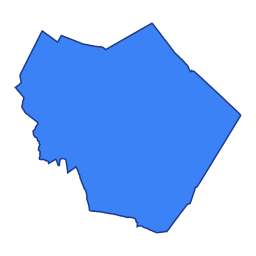 the district of Sabareni, Giurgiu, Romania
{"feature_id": "2599482B37773759614218", "entity_name": "Sabareni", "entity_type": "district", "adm_level": 2, "iso_a3": "ROU", "parent_name": "Romania", "parent_adm1": "Giurgiu", "projection": "natural_earth1", "projection_center": [25.872, 44.513], "detail": "fine", "context": "isolated", "style": "filled", "palette": "blue", "viewbox_px": 256, "rotation_deg": 0, "n_neighbors": 0, "source": "geoboundaries", "source_scale": "gbopen_adm2", "svg_char_len": 5633}
<svg xmlns="http://www.w3.org/2000/svg" viewBox="0 0 256 256"><path d="M166.8,231.6L168.0,230.1L172.8,223.6L175.5,219.9L178.6,215.9L179.4,214.7L187.4,204.3L187.9,204.3L190.2,203.3L195.6,187.2L196.8,187.1L200.3,181.7L203.1,177.1L209.5,166.7L214.4,158.5L220.0,149.4L223.1,144.4L228.4,135.6L240.6,115.6L240.5,115.4L240.4,114.8L236.3,110.6L235.3,109.7L234.1,108.7L232.5,107.1L231.4,106.1L229.3,104.1L227.4,102.4L222.6,97.7L217.5,93.0L205.4,81.7L197.9,74.8L194.0,71.3L193.3,71.1L192.3,71.3L192.0,71.1L191.7,70.6L190.5,71.8L190.1,71.4L189.4,69.6L189.0,69.0L188.3,67.0L187.7,66.1L186.6,64.6L186.1,64.1L185.7,63.8L184.0,61.8L183.3,61.2L183.1,60.8L182.6,60.2L182.1,59.8L181.3,59.0L180.8,58.7L180.6,58.5L177.4,55.3L174.4,52.5L174.2,52.3L173.8,51.3L172.2,49.5L169.8,46.3L166.8,42.2L164.0,38.8L160.4,33.9L152.2,23.3L151.8,23.3L145.8,26.7L144.7,27.3L138.6,30.8L136.2,32.2L133.3,33.8L113.2,45.3L107.3,48.7L105.9,49.5L105.5,49.7L105.2,49.4L104.9,48.9L104.2,48.3L103.3,47.7L102.8,47.4L101.9,47.1L101.5,47.0L101.1,46.8L101.1,47.0L100.4,46.8L98.9,46.8L98.1,46.7L97.1,46.6L96.2,46.4L95.9,46.5L92.3,45.8L92.0,45.7L91.3,45.6L89.7,45.3L89.2,45.2L89.2,45.3L89.0,45.2L88.3,45.0L85.1,44.4L84.4,44.3L83.3,44.1L61.3,35.5L57.8,42.0L57.5,42.1L49.0,35.8L47.6,34.9L42.5,31.1L42.1,31.0L25.2,64.6L24.7,65.6L21.8,71.4L21.2,72.7L21.2,72.8L21.0,73.0L20.2,74.7L20.1,75.7L20.0,75.9L21.1,81.9L21.1,82.4L21.0,82.8L20.8,83.0L20.5,83.4L20.1,83.7L19.1,84.8L17.5,85.8L16.1,87.1L15.9,87.3L15.6,87.4L15.4,87.4L15.8,87.9L17.7,90.3L20.4,93.4L21.5,94.7L23.8,97.4L23.5,99.3L23.0,101.3L22.7,102.8L22.3,105.0L22.0,106.0L21.9,106.5L22.0,107.1L22.1,107.6L22.3,108.0L22.8,108.6L23.5,109.7L24.8,111.9L25.2,112.6L25.6,113.0L26.3,113.6L27.4,114.4L29.4,116.0L31.8,117.8L37.9,122.6L38.0,123.0L37.8,123.6L37.5,124.1L37.2,124.7L37.0,125.1L36.5,125.9L35.8,126.7L35.5,127.2L35.4,127.7L35.3,128.6L35.2,128.7L34.9,129.1L34.3,129.7L33.9,130.3L33.5,130.6L33.2,130.8L33.1,131.0L33.1,131.7L33.2,132.0L33.3,132.7L33.4,133.7L33.5,134.4L33.6,135.0L34.2,135.8L34.4,136.1L34.6,136.5L34.8,136.8L35.2,137.0L35.5,137.2L36.1,137.4L36.9,138.0L37.3,138.7L37.4,139.0L37.5,139.4L37.5,140.0L37.6,140.4L37.7,140.8L38.0,141.0L38.4,141.3L38.8,141.5L39.0,141.7L39.2,142.1L39.2,142.8L39.2,143.2L39.2,143.6L39.4,143.9L39.9,144.5L40.0,144.6L40.0,144.9L39.6,145.3L39.1,146.5L38.9,146.8L38.8,147.3L38.8,147.7L38.7,148.2L38.5,148.9L38.4,149.3L38.4,149.7L38.8,150.4L39.3,150.9L39.8,151.4L40.3,152.2L40.3,152.5L40.3,152.8L40.1,152.9L39.8,153.4L39.7,153.6L39.7,153.8L39.8,154.1L40.0,154.5L40.2,155.0L40.3,155.2L40.2,155.4L40.0,156.0L39.8,156.3L39.8,156.5L39.7,156.9L39.5,157.7L39.3,158.1L39.3,158.4L39.3,158.6L39.3,158.8L39.5,159.1L39.8,159.3L40.1,159.5L40.7,159.5L41.0,159.5L41.5,159.5L41.9,159.4L42.3,159.4L42.7,159.6L43.8,159.5L44.4,159.7L44.6,159.7L44.8,159.8L45.0,160.0L45.3,160.6L45.5,160.7L45.8,160.7L46.2,160.7L46.5,160.7L46.8,160.7L47.2,160.8L47.9,161.1L48.1,161.5L48.3,161.8L48.4,162.3L48.7,163.4L55.6,159.3L55.9,159.8L56.3,160.2L56.7,160.7L56.9,161.1L57.1,162.2L57.4,163.2L57.6,163.7L57.7,164.4L57.8,164.7L58.2,165.3L58.4,165.5L58.6,165.6L58.9,165.6L59.1,165.5L59.3,165.3L59.4,165.1L59.5,164.7L59.5,163.8L59.5,162.9L59.7,161.6L60.1,160.1L60.2,159.7L60.4,159.4L60.9,158.9L61.4,158.7L62.7,158.6L63.2,158.6L63.6,158.6L64.3,158.8L64.9,159.1L65.8,159.5L66.0,160.7L66.2,161.7L66.6,164.4L66.8,165.1L66.9,166.0L67.0,166.8L67.2,167.8L67.5,170.4L67.5,170.8L67.7,172.8L76.1,166.8L76.7,168.4L77.1,169.1L77.4,169.7L77.8,170.5L78.1,171.2L78.3,172.0L78.6,173.3L78.8,173.8L79.6,175.3L79.9,176.3L80.0,176.8L80.0,177.2L80.0,177.7L80.2,178.2L80.3,178.5L80.8,179.4L81.1,180.3L81.4,181.4L81.7,182.2L82.0,182.7L82.4,183.9L82.6,184.2L82.7,184.6L83.0,185.0L83.1,185.3L83.2,185.9L83.4,186.3L83.6,186.7L83.8,187.3L84.0,187.7L84.1,187.9L84.3,188.6L84.3,188.8L84.5,188.9L84.6,189.1L85.4,189.8L85.5,190.0L85.8,190.5L85.9,191.3L86.1,192.1L86.4,192.7L86.3,193.0L86.3,193.3L86.4,193.5L86.5,193.8L86.6,194.3L86.9,195.3L87.0,195.5L87.0,195.9L87.0,196.3L86.7,197.5L86.9,198.5L86.9,198.9L86.9,199.3L87.5,201.1L88.0,202.2L88.1,203.2L88.6,204.7L88.8,205.2L88.9,205.9L89.1,206.9L89.4,210.0L89.6,210.3L89.9,210.5L90.2,210.7L90.5,210.8L91.4,211.0L92.3,211.1L93.4,211.2L94.9,211.3L95.8,211.3L97.1,211.6L97.4,211.5L97.8,211.5L98.3,211.7L98.6,211.7L99.3,211.6L99.6,211.7L100.9,211.9L101.5,212.0L102.0,212.2L102.7,212.3L103.7,212.4L105.2,212.8L107.6,213.1L108.9,213.4L110.0,213.6L110.7,213.7L111.6,213.7L112.0,213.8L112.6,213.9L113.3,214.1L114.0,214.2L115.2,214.4L116.5,214.7L117.2,214.9L117.5,215.0L118.3,215.3L119.1,215.5L120.5,215.7L120.9,215.8L121.3,216.0L121.9,216.1L122.8,216.2L123.8,216.5L124.2,216.7L124.5,216.7L124.9,216.7L125.6,216.9L125.9,217.1L126.6,217.3L127.0,217.3L127.4,217.4L127.7,217.4L128.2,217.4L128.9,217.2L129.3,217.2L129.6,217.2L130.0,217.2L130.4,217.3L131.8,217.7L132.1,217.7L133.3,217.8L133.7,217.9L134.0,218.1L134.7,218.5L135.0,218.7L135.2,219.0L135.7,219.7L135.9,220.2L136.0,220.4L136.1,220.7L136.1,220.9L136.0,221.2L136.0,221.4L136.2,221.7L136.6,222.2L136.9,222.5L137.0,222.7L137.2,223.0L137.5,223.0L137.1,226.6L137.7,226.4L138.2,226.1L138.9,226.0L139.5,225.9L140.1,225.9L141.2,225.8L141.5,225.9L141.9,226.1L142.2,226.4L142.9,226.8L143.6,227.2L143.9,227.4L144.7,227.7L146.0,228.0L146.4,228.2L146.7,228.3L147.0,228.5L147.5,228.6L148.0,228.8L148.4,229.0L148.8,229.2L149.0,229.4L149.2,229.6L150.0,230.0L150.8,230.3L151.4,230.4L151.7,230.5L152.1,230.6L152.8,231.1L153.6,231.4L154.6,231.8L154.8,231.8L155.1,231.9L155.7,232.3L156.0,232.4L156.6,232.6L156.8,232.7L157.1,232.7L157.4,232.7L159.4,232.3L160.3,232.2L161.2,232.1L162.2,232.1L165.7,231.5L166.1,231.5L166.5,231.5L166.8,231.6Z" fill="#3b82f6" stroke="#1e3a8a" stroke-width="1.5"/></svg>